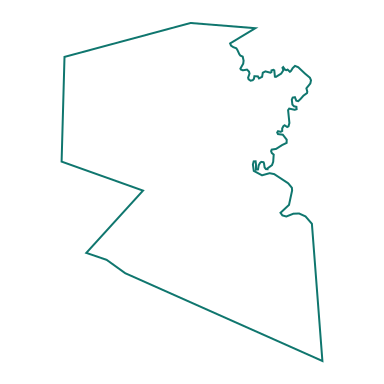 Franklin, Virginia, United States of America
{"feature_id": "52423323B87493021835120", "entity_name": "Franklin", "entity_type": "district", "adm_level": 2, "iso_a3": "USA", "parent_name": "United States of America", "parent_adm1": "Virginia", "projection": "mercator", "projection_center": [-76.922, 36.678], "detail": "fine", "context": "isolated", "style": "outline", "palette": "teal", "viewbox_px": 384, "rotation_deg": 0, "n_neighbors": 0, "source": "geoboundaries", "source_scale": "gbopen_adm2", "svg_char_len": 1610}
<svg xmlns="http://www.w3.org/2000/svg" viewBox="0 0 384 384"><path d="M255.3,28.2L190.5,23.0L64.5,56.9L61.6,161.6L143.0,190.6L86.3,252.9L106.7,259.9L125.2,273.2L322.4,361.0L311.9,223.8L305.5,216.4L299.1,213.5L293.4,213.7L286.3,216.5L282.4,215.4L280.5,212.8L289.0,204.9L292.1,190.5L291.9,187.8L288.2,183.3L274.2,174.1L269.6,173.2L262.0,175.3L253.8,170.9L252.9,164.5L253.7,161.4L255.6,161.3L256.0,164.7L256.0,169.6L258.0,169.4L258.7,165.3L260.1,162.8L261.3,161.9L263.5,162.2L264.0,163.3L264.6,167.4L265.9,169.1L267.5,169.2L267.5,168.4L272.0,165.1L273.2,161.8L273.7,154.6L271.8,153.0L271.1,151.1L271.7,149.6L276.1,148.9L282.2,145.0L286.6,142.9L286.7,139.7L282.8,134.7L278.0,134.1L277.2,132.5L278.0,131.2L280.7,131.8L282.2,131.0L282.2,128.4L283.5,126.0L284.6,125.3L287.2,127.0L288.5,126.3L289.4,123.0L288.1,110.2L289.2,108.6L294.7,109.8L296.6,109.2L296.4,106.8L294.0,106.3L292.4,104.6L291.8,99.7L292.7,97.6L294.9,97.2L296.3,100.7L298.2,101.2L300.7,98.8L303.5,95.6L307.0,93.1L307.3,91.7L306.4,88.3L310.3,83.5L311.0,80.3L309.9,77.7L305.0,73.6L298.2,67.2L295.0,65.9L292.7,68.1L291.0,70.9L289.9,71.8L287.6,69.6L286.2,70.2L284.9,69.5L283.2,67.1L282.5,67.8L283.4,70.2L281.2,73.6L275.9,76.9L274.9,76.7L274.3,70.4L273.4,69.8L271.5,70.4L271.4,72.1L270.4,72.7L265.4,71.4L262.8,72.7L262.1,76.8L259.0,78.4L257.9,76.4L254.4,76.2L253.9,78.9L252.7,80.2L250.6,80.7L248.6,79.3L248.1,77.7L249.5,73.6L249.0,71.6L247.0,69.6L242.9,70.3L240.8,69.5L240.4,68.6L243.2,63.7L243.6,60.7L242.7,56.6L240.4,55.6L239.4,54.3L237.4,50.0L236.3,48.3L233.2,47.1L231.0,45.6L230.1,43.4L255.3,28.2Z" fill="none" stroke="#0f766e" stroke-width="2"/></svg>